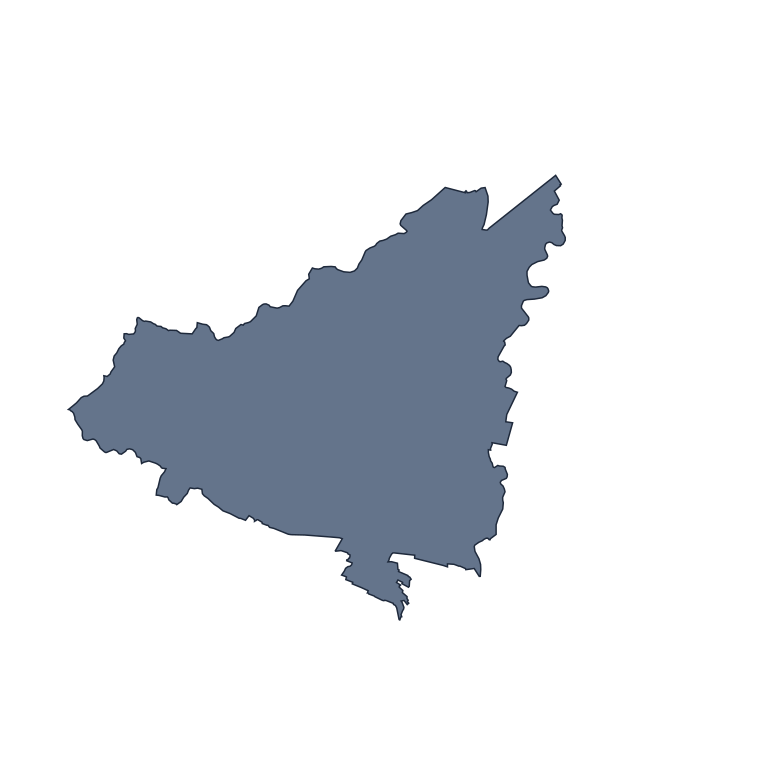 the district of Dragutesti, Gorj, Romania, rotated 140°
{"feature_id": "2599482B69401383147703", "entity_name": "Dragutesti", "entity_type": "district", "adm_level": 2, "iso_a3": "ROU", "parent_name": "Romania", "parent_adm1": "Gorj", "projection": "equal_earth", "projection_center": [23.244, 44.958], "detail": "fine", "context": "isolated", "style": "filled", "palette": "slate", "viewbox_px": 768, "rotation_deg": 140, "n_neighbors": 0, "source": "geoboundaries", "source_scale": "gbopen_adm2", "svg_char_len": 6147}
<svg xmlns="http://www.w3.org/2000/svg" viewBox="0 0 768 768"><g transform="rotate(140 384 384)"><path d="M642.1,567.3L641.3,566.2L641.1,564.4L640.6,563.3L640.6,561.1L642.1,557.4L643.6,555.3L644.4,550.2L645.0,543.0L645.5,541.6L648.4,538.3L649.6,535.7L649.6,534.4L647.7,531.4L642.3,528.9L641.4,527.5L641.0,525.6L642.0,519.5L642.7,517.5L641.8,511.8L641.4,510.6L640.5,509.9L633.2,507.6L631.7,504.5L631.7,500.8L630.2,499.0L625.1,498.6L623.0,499.2L620.6,497.9L618.8,495.3L618.4,491.4L619.9,487.1L618.4,484.7L618.3,483.1L620.8,478.9L618.4,478.5L613.6,476.2L609.9,470.2L609.0,468.2L608.1,465.0L608.3,463.0L608.0,462.0L605.4,459.3L608.6,457.8L613.6,456.9L616.0,455.7L623.8,449.9L626.0,449.1L629.9,445.3L628.0,443.3L624.5,438.3L622.6,436.8L622.5,435.8L623.3,433.5L622.7,428.8L621.6,427.7L620.3,425.5L620.3,424.8L614.9,424.4L610.2,426.0L605.1,426.6L601.8,428.4L599.3,429.0L596.5,425.7L593.7,424.0L591.2,420.4L593.6,416.7L593.6,413.9L592.4,409.5L591.5,401.0L589.9,396.1L588.9,390.4L585.2,383.7L581.3,374.3L580.1,373.1L577.7,368.6L572.0,369.9L570.4,365.1L570.6,363.0L571.4,362.1L570.7,362.1L570.3,361.7L568.5,361.7L567.8,361.0L566.3,356.4L567.0,355.4L564.6,351.2L563.7,350.3L563.8,347.7L561.2,344.2L553.9,330.5L552.0,328.3L541.8,319.3L522.5,300.4L516.9,294.8L515.4,292.3L528.5,287.5L528.5,287.0L524.0,284.0L520.4,278.1L520.8,277.1L519.9,274.9L521.0,273.7L522.4,272.8L523.1,273.2L524.6,272.6L525.5,273.2L526.2,272.6L523.4,267.4L525.1,266.3L527.1,266.2L529.1,267.3L531.9,267.5L534.6,266.2L539.3,264.9L536.9,260.7L536.8,260.3L539.0,258.7L535.4,252.2L536.8,251.3L532.2,242.6L529.0,235.8L530.9,234.7L530.5,234.5L530.7,233.1L527.8,227.9L527.7,226.9L524.3,219.3L523.3,218.0L522.5,217.9L521.4,216.5L517.9,210.0L518.4,209.0L517.6,207.0L518.2,204.3L523.8,194.0L523.8,193.4L523.5,193.1L520.9,194.7L520.0,194.3L519.2,196.4L515.6,198.3L513.6,199.0L512.3,200.1L510.5,205.1L510.4,206.7L507.8,205.3L508.0,200.1L505.9,200.2L506.0,202.3L504.5,202.8L504.3,204.9L503.0,206.3L504.0,212.4L502.3,213.7L502.9,218.7L501.4,219.8L501.1,219.2L500.5,219.3L502.0,223.9L499.3,224.9L497.3,220.1L498.5,219.6L498.4,219.0L495.9,212.6L494.7,212.8L490.8,216.9L488.7,217.0L488.4,219.5L489.1,221.0L488.8,221.9L493.4,231.0L492.0,231.8L492.5,233.0L488.9,238.1L492.5,243.1L495.3,245.2L493.4,245.9L491.9,247.1L487.6,248.8L485.9,248.9L484.9,248.2L470.5,233.1L472.6,230.8L455.3,207.0L452.9,203.1L451.0,205.4L449.8,204.3L446.3,200.9L443.7,196.3L442.9,195.7L440.2,190.2L440.7,189.2L433.5,184.7L434.7,175.4L433.9,174.8L429.2,179.6L426.0,183.7L423.6,189.1L421.9,197.3L419.4,201.4L418.1,202.2L413.2,201.8L409.2,200.7L407.6,200.8L404.9,200.2L403.6,199.1L403.5,197.0L402.8,196.5L402.1,197.1L394.8,196.7L388.6,204.1L382.6,207.9L373.4,211.9L368.9,216.4L367.8,218.6L366.0,220.9L360.6,223.6L359.3,226.2L358.4,229.3L358.8,232.5L358.1,234.0L356.0,234.6L351.0,233.1L349.4,233.7L347.6,235.4L345.8,240.8L344.9,242.3L345.5,244.3L348.3,247.0L349.2,248.5L353.0,248.9L353.7,249.9L353.5,250.9L352.0,253.8L351.7,256.6L350.8,258.2L350.1,260.8L348.1,264.4L346.3,266.6L344.8,264.8L343.9,266.1L339.8,268.3L339.0,269.6L329.7,258.4L310.4,271.6L315.0,276.8L309.6,281.7L287.1,291.9L288.9,294.8L289.6,298.1L291.0,300.7L292.8,303.0L292.9,304.3L287.8,307.7L287.5,309.2L286.7,309.7L281.4,309.7L279.0,311.0L277.3,313.3L276.2,315.4L275.9,317.5L276.7,320.8L277.7,322.8L278.3,325.1L280.7,326.4L281.2,327.3L281.0,329.7L279.1,331.5L267.5,335.9L266.1,336.0L264.6,338.5L264.9,339.9L264.6,340.1L260.9,340.3L256.5,339.4L242.9,342.0L241.2,340.3L238.6,338.7L236.0,338.7L232.0,339.9L230.6,341.6L230.3,342.8L229.9,353.7L228.4,355.6L224.0,357.9L222.9,357.9L220.3,356.8L214.1,352.3L207.4,348.4L203.2,347.6L199.3,348.5L198.1,349.3L197.2,351.4L197.1,352.8L197.7,354.4L200.3,357.3L205.6,360.8L208.0,363.3L208.4,364.7L208.3,368.4L207.9,369.4L204.5,375.4L202.1,378.3L197.7,380.1L194.0,380.5L187.6,379.0L181.6,376.0L178.5,375.7L176.5,376.7L175.9,377.8L174.3,383.7L173.6,384.8L170.6,387.1L168.7,387.4L166.0,386.4L164.6,384.4L164.1,381.6L162.9,379.2L159.8,376.4L156.8,376.0L152.9,377.5L151.0,379.7L150.4,381.5L149.5,386.8L149.0,387.7L146.8,388.9L145.9,390.8L142.0,394.8L141.0,396.8L139.2,398.6L138.9,399.5L139.3,400.9L141.2,401.5L144.5,404.6L144.9,406.3L144.7,410.3L141.1,411.7L139.0,411.5L135.8,410.4L131.6,412.2L129.5,422.3L121.4,422.4L121.2,423.4L119.8,423.2L118.4,433.5L203.4,435.8L205.7,435.5L206.8,436.2L209.5,439.3L208.1,440.4L204.9,441.8L196.7,447.9L187.2,456.5L183.6,461.1L180.3,469.5L183.7,471.6L189.9,472.1L189.8,473.4L190.2,473.9L195.0,475.5L197.1,476.9L197.3,477.5L196.9,478.4L197.0,479.3L198.3,479.2L198.8,478.3L210.8,495.2L229.3,494.6L239.2,495.6L246.9,495.3L252.6,497.5L257.9,500.1L266.0,498.3L268.7,496.3L269.2,494.7L268.0,486.9L268.3,486.1L269.7,485.9L271.9,486.3L276.3,490.5L279.2,491.0L283.9,492.9L288.8,493.3L292.4,494.6L295.4,496.2L299.3,496.3L301.1,495.7L302.8,495.7L307.2,497.2L311.8,497.8L313.1,497.5L321.3,493.3L326.1,492.0L329.9,489.9L333.9,489.6L338.2,491.3L342.7,495.8L345.9,501.3L346.3,502.9L346.1,505.1L348.9,508.0L354.8,512.5L357.4,512.8L360.2,514.0L362.9,516.7L364.3,518.9L371.1,516.5L373.6,512.6L377.4,513.2L390.0,511.3L400.6,506.0L406.7,504.7L409.3,507.4L411.2,508.9L414.9,509.7L417.1,510.8L421.5,516.3L421.4,518.3L422.8,521.1L424.5,522.4L426.0,522.9L430.6,523.1L438.1,518.3L446.2,517.6L448.3,518.2L452.0,520.0L454.0,519.6L455.3,521.5L461.9,521.8L465.7,519.9L471.7,519.7L473.0,520.1L476.8,522.3L478.9,522.6L482.9,523.9L483.7,525.2L483.9,526.7L483.5,529.1L482.0,532.1L482.4,536.2L481.2,539.7L481.5,542.3L481.9,543.6L484.4,546.3L487.6,551.0L491.1,547.5L492.7,547.4L498.7,545.7L507.2,553.6L508.5,558.4L513.4,562.8L514.8,563.5L515.5,566.5L517.5,569.4L517.8,571.4L520.6,574.2L520.9,576.8L521.8,578.3L522.8,581.5L526.1,585.4L527.4,586.1L528.2,587.7L529.1,592.2L529.7,593.1L530.6,593.2L532.1,592.2L534.6,588.4L538.9,586.4L540.3,584.4L541.6,583.7L543.6,583.3L547.7,586.1L548.8,588.0L550.8,589.5L553.8,586.4L554.3,583.2L556.2,582.8L557.7,581.8L560.8,582.1L564.3,581.5L568.7,579.6L572.7,578.9L576.1,576.4L579.3,570.3L585.3,568.8L587.3,567.7L591.2,567.7L593.3,570.4L594.3,568.8L596.7,566.4L599.6,565.1L606.3,564.6L618.9,565.4L621.7,567.5L624.7,568.2L631.7,567.2L642.1,567.3Z" fill="#64748b" stroke="#1e293b" stroke-width="1.5"/></g></svg>